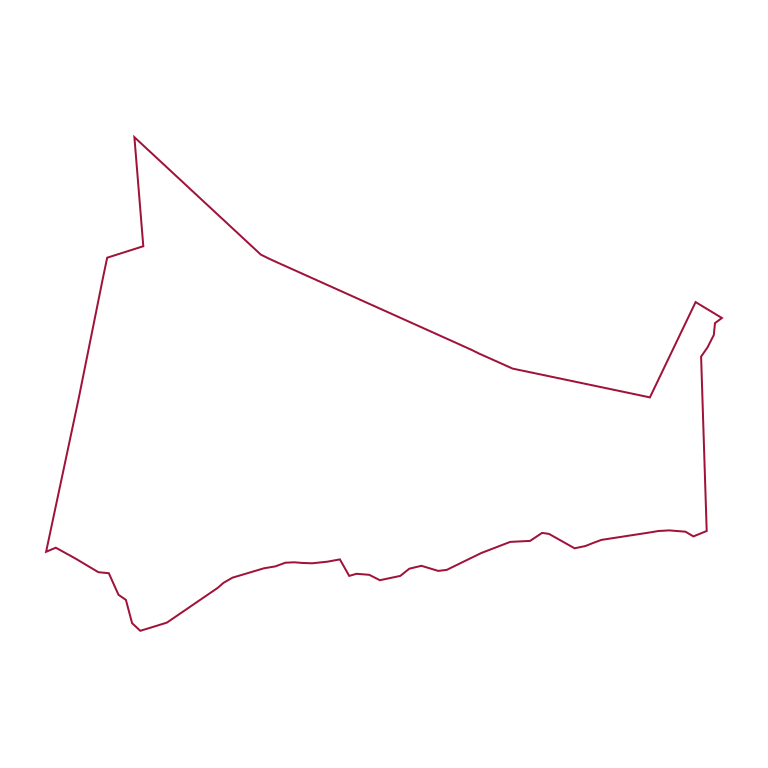 Livramento, Paraíba, Brazil (Equal Earth projection)
{"feature_id": "56859067B46925638575127", "entity_name": "Livramento", "entity_type": "district", "adm_level": 2, "iso_a3": "BRA", "parent_name": "Brazil", "parent_adm1": "Paraíba", "projection": "equal_earth", "projection_center": [-36.91, -7.327], "detail": "fine", "context": "isolated", "style": "outline", "palette": "rose", "viewbox_px": 768, "rotation_deg": 0, "n_neighbors": 0, "source": "geoboundaries", "source_scale": "gbopen_adm2", "svg_char_len": 901}
<svg xmlns="http://www.w3.org/2000/svg" viewBox="0 0 768 768"><path d="M46.1,551.8L55.8,547.7L75.9,558.8L98.4,572.2L108.8,573.2L118.5,594.8L125.9,599.9L132.1,623.2L140.3,630.8L166.9,622.6L217.8,587.8L223.4,582.9L232.4,577.7L263.9,568.3L275.3,566.4L285.4,562.7L294.5,562.3L301.6,562.9L312.0,563.3L327.3,561.7L339.9,559.4L349.2,575.9L356.5,573.8L369.2,574.8L379.9,580.2L400.3,575.9L409.3,568.7L421.4,565.8L438.2,570.9L446.7,569.9L481.3,553.0L510.2,541.9L530.1,540.9L542.1,532.9L549.0,533.9L574.6,548.3L585.5,546.0L592.5,543.2L601.4,539.9L650.8,532.3L658.4,531.0L669.3,530.4L685.5,531.7L693.4,536.4L706.7,531.0L701.1,356.6L707.5,347.4L713.8,335.0L715.0,323.1L721.9,318.0L695.6,302.1L649.9,397.4L512.6,368.6L478.9,353.5L471.6,349.9L441.9,336.5L276.7,262.2L269.1,258.7L260.8,254.6L134.4,137.2L143.3,246.2L107.2,257.7L103.1,277.1L78.7,398.4L46.1,551.8Z" fill="none" stroke="#9f1239" stroke-width="2"/></svg>